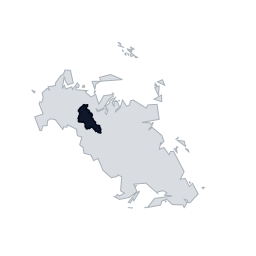 Khanty-Mansiy on a map of Russia (Mercator projection), rotated 43°
{"feature_id": "RUS-2396", "entity_name": "Khanty-Mansiy", "entity_type": "Autonomous Province", "adm_level": 1, "iso_a3": "RUS", "parent_name": "Russia", "parent_adm1": "", "projection": "mercator", "projection_center": [69.975, 62.153], "detail": "fine", "context": "in_parent", "style": "filled", "palette": "ink", "viewbox_px": 256, "rotation_deg": 43, "n_neighbors": 0, "source": "natural_earth", "source_scale": "10m", "svg_char_len": 7570}
<svg xmlns="http://www.w3.org/2000/svg" viewBox="0 0 256 256"><g transform="rotate(43 128 128)"><path d="M170.4,186.1L164.8,187.5L165.8,186.4L165.4,183.9L168.0,183.5L169.9,178.0L165.4,179.0L156.6,167.9L152.4,169.4L153.1,171.0L149.7,175.7L138.6,176.0L126.9,170.7L125.1,175.3L119.1,173.1L113.1,176.5L108.3,172.9L104.2,173.3L100.4,166.1L96.3,168.1L91.0,164.1L81.7,166.9L82.7,169.0L80.2,171.1L81.3,173.5L69.1,171.5L65.1,174.1L64.2,177.7L67.3,181.5L64.2,184.4L66.5,188.9L65.2,189.9L52.2,183.5L56.3,175.6L46.3,170.8L45.7,169.0L47.4,168.1L45.3,163.7L41.3,160.9L41.8,154.2L44.4,153.8L41.5,152.4L46.0,146.4L44.2,144.2L43.1,135.1L44.2,132.7L42.3,128.7L46.6,125.1L57.3,132.5L54.6,137.6L49.6,136.1L47.7,134.5L46.5,134.3L53.1,144.0L52.4,140.2L55.9,141.9L58.8,136.2L61.1,137.7L60.2,129.4L63.3,130.1L64.2,132.1L62.1,133.5L64.0,135.4L72.8,128.4L72.1,130.8L79.9,130.5L81.3,125.4L90.4,130.5L88.2,121.0L94.0,113.9L95.6,114.8L94.5,119.6L96.5,130.1L94.1,135.7L91.0,135.4L94.7,137.0L98.4,128.8L100.0,128.4L100.8,132.3L102.9,132.9L101.4,128.7L96.7,127.7L97.4,122.9L95.9,119.7L98.0,114.3L99.1,120.3L102.2,121.6L103.0,121.5L99.5,117.9L102.4,116.0L108.0,118.6L106.8,122.8L107.9,124.6L108.5,118.7L104.9,111.2L112.2,113.1L113.3,110.1L111.2,106.4L112.6,104.0L127.7,101.0L126.8,97.6L133.1,90.9L144.9,100.4L134.4,114.4L140.6,109.2L143.9,109.7L144.0,114.2L144.2,114.9L144.6,115.0L145.1,111.1L157.7,110.4L163.2,113.1L163.4,117.2L161.5,115.9L165.5,122.2L167.5,117.8L176.3,119.5L175.2,116.2L177.2,114.0L198.7,121.6L201.3,129.9L204.1,125.9L212.9,128.9L212.9,124.5L224.3,128.4L224.3,140.5L222.5,141.8L220.6,140.4L217.8,141.6L222.2,142.5L223.3,147.9L220.7,146.7L212.7,153.8L204.8,153.6L202.6,158.2L204.3,162.3L196.4,172.9L195.5,161.3L206.8,147.5L200.5,152.2L200.7,149.0L196.8,149.6L193.4,154.1L194.5,155.6L178.7,156.1L170.5,165.2L177.9,168.4L176.4,177.7L170.4,186.1ZM90.9,96.4L76.2,112.3L72.7,110.3L78.9,100.7L90.9,96.4ZM179.6,166.2L181.9,177.3L180.0,176.3L180.6,181.3L178.8,182.1L178.3,170.4L179.6,166.2ZM69.9,118.4L75.9,112.7L74.6,117.8L77.3,122.3L69.9,118.4ZM172.6,103.3L178.1,99.3L182.7,102.3L172.6,103.3ZM122.2,76.0L128.2,83.5L119.9,80.1L122.2,76.0ZM120.3,69.2L125.7,71.7L118.1,74.2L120.3,69.2ZM130.1,81.0L134.7,85.8L127.4,89.1L130.1,81.0ZM183.7,103.9L186.4,102.9L189.3,104.1L183.7,103.9ZM31.7,166.0L35.2,164.8L35.5,166.2L31.7,166.0ZM67.1,73.0L70.2,71.8L64.2,74.6L67.1,73.0ZM177.6,109.9L180.5,112.5L175.9,111.8L177.6,109.9ZM68.5,127.7L66.9,129.2L66.1,128.2L66.9,126.6L68.5,127.7ZM73.1,70.8L76.0,69.4L77.4,71.0L73.1,70.8ZM82.8,70.7L81.5,73.7L79.3,72.6L79.9,70.7L82.8,70.7ZM85.7,71.3L83.2,70.8L86.7,69.9L85.7,71.3ZM79.1,123.3L79.9,125.9L78.4,124.0L79.1,123.3ZM120.8,77.3L118.8,78.8L117.5,76.8L120.8,77.3ZM74.8,67.0L78.5,66.1L77.1,68.4L74.8,67.0ZM224.3,121.3L222.7,120.9L224.3,119.3L224.3,121.3ZM64.3,71.3L66.6,72.2L62.1,72.3L64.3,71.3ZM94.2,112.8L92.1,113.2L94.2,112.6L94.2,112.8ZM142.7,106.9L143.6,108.9L142.1,107.7L142.7,106.9ZM211.6,125.4L210.3,126.1L209.6,125.5L211.6,125.4ZM78.3,74.4L76.6,73.4L79.3,74.3L78.3,74.4ZM77.9,68.5L78.9,70.7L76.9,69.3L77.9,68.5ZM185.8,183.0L185.5,183.7L184.6,184.7L185.8,183.0ZM75.4,74.3L76.6,76.2L75.1,76.0L75.4,74.3ZM102.3,115.6L100.8,116.4L100.5,116.3L102.3,115.6ZM205.8,156.3L204.8,156.0L205.8,155.6L205.8,156.3ZM177.4,108.1L176.8,109.6L176.4,108.5L177.4,108.1ZM173.4,164.5L173.5,165.6L173.0,165.3L173.4,164.5ZM195.6,173.3L194.8,174.7L194.5,174.3L195.6,173.3ZM72.8,74.8L71.4,75.4L70.9,74.8L72.8,74.8ZM103.2,113.1L102.9,114.5L102.6,114.1L103.2,113.1ZM171.7,101.9L170.8,103.0L171.1,100.8L171.7,101.9ZM182.8,185.6L184.2,184.6L182.8,185.8L182.8,185.6Z" fill="#d9dde1" stroke="#a8b0b8" stroke-width="1"/><path d="M79.8,148.9L79.6,148.8L79.5,148.5L79.5,148.4L79.6,148.1L79.7,147.9L79.7,147.7L79.8,147.4L79.6,147.3L79.5,147.1L79.5,146.9L79.5,146.7L79.6,146.4L79.3,146.2L79.3,145.9L79.3,145.6L79.4,145.4L79.3,145.2L79.5,144.8L79.6,144.5L79.6,144.1L79.7,143.9L79.7,143.7L79.9,143.5L80.0,143.2L79.9,143.0L79.7,142.8L79.7,142.7L79.8,142.5L79.7,142.4L79.7,142.2L79.7,141.9L79.7,141.7L79.8,141.7L79.8,141.3L79.9,141.1L80.1,140.9L80.2,140.6L80.4,140.5L80.6,140.5L80.9,140.8L80.9,141.0L81.0,141.0L81.1,140.7L81.4,140.5L81.5,140.3L81.5,140.2L81.8,139.9L81.7,139.8L81.9,139.5L82.0,139.3L82.1,139.1L82.4,138.7L82.6,138.6L82.9,138.9L83.0,139.1L83.1,139.4L83.2,139.7L83.6,139.8L83.6,140.0L83.6,140.3L83.6,140.5L83.4,140.9L83.4,141.0L83.5,141.1L83.5,141.3L83.5,141.5L83.3,141.7L83.3,141.8L83.2,141.9L83.4,142.1L83.6,142.1L83.8,142.1L84.1,142.0L84.3,142.2L84.4,142.4L84.3,142.6L84.5,142.7L84.9,142.7L85.0,142.5L85.6,142.5L85.7,142.2L85.9,142.3L86.2,142.2L86.4,142.2L86.6,141.9L87.1,141.9L87.3,141.9L87.6,141.8L88.0,142.0L88.2,141.9L88.5,142.0L88.5,142.4L88.4,142.6L88.4,142.8L88.5,142.9L88.8,143.0L89.1,143.2L89.2,143.3L89.2,143.2L89.3,143.3L89.4,143.2L89.6,143.4L89.7,143.1L89.8,143.1L90.0,143.0L90.1,142.9L90.3,142.6L90.6,142.7L90.8,142.9L90.9,142.7L91.0,142.5L90.8,142.3L91.0,142.2L91.3,142.2L91.5,142.4L91.9,142.4L92.0,142.5L92.3,142.6L92.5,142.5L92.8,142.8L93.0,142.8L93.2,143.0L92.9,143.5L93.0,143.6L93.1,143.8L93.2,144.0L93.3,144.3L93.7,144.3L93.9,144.3L94.1,144.6L94.1,145.7L94.4,145.6L94.6,145.6L94.8,145.4L95.4,145.4L95.6,145.2L95.9,145.0L96.0,145.1L96.2,145.3L96.3,145.6L96.5,145.6L97.3,145.7L97.6,146.0L98.1,146.1L98.4,146.0L98.7,145.9L98.9,145.9L99.2,145.9L99.3,145.9L99.7,146.1L99.8,146.3L100.2,146.0L100.4,146.2L100.6,146.2L100.8,146.6L101.0,146.9L101.7,147.3L101.8,147.5L102.0,147.4L102.3,147.3L102.8,147.2L104.0,147.2L104.1,146.9L104.1,146.7L104.3,146.6L104.6,146.4L104.8,146.2L104.9,145.9L105.1,145.9L105.6,145.8L105.6,146.0L105.7,146.3L105.8,146.5L106.1,146.7L106.2,146.8L106.4,147.0L106.7,146.7L106.8,146.6L107.0,146.8L107.2,146.7L107.5,146.8L107.5,147.0L107.8,147.2L107.9,147.3L108.2,147.6L108.5,147.4L108.8,147.3L109.0,147.5L109.1,147.8L109.3,147.8L109.4,148.0L109.5,148.2L109.7,148.7L109.6,148.9L109.7,149.0L109.8,149.1L110.0,149.3L110.3,149.4L110.4,149.5L110.6,149.6L110.8,149.7L111.1,149.8L111.4,149.9L111.4,150.0L111.2,150.2L111.0,150.3L111.1,150.5L109.8,151.3L109.3,151.6L109.0,151.7L108.6,151.3L108.4,151.1L108.0,151.2L107.1,151.9L107.1,152.0L106.8,152.4L106.5,152.2L106.4,152.1L106.1,152.2L105.6,152.2L105.5,151.9L105.1,151.8L104.7,151.8L104.4,152.1L104.0,152.0L103.6,152.0L103.4,152.0L103.4,151.8L103.3,151.7L103.2,151.7L102.9,151.8L102.6,151.7L102.4,151.8L102.0,151.8L101.7,151.9L101.5,151.7L101.3,151.7L101.1,151.7L100.7,151.6L100.7,151.9L100.6,152.0L100.7,152.3L100.4,152.6L100.3,152.8L100.4,153.1L100.4,153.3L100.2,153.4L100.3,153.5L100.3,153.9L100.3,154.3L100.2,154.4L100.2,154.7L99.9,154.8L99.6,154.8L99.4,155.1L99.2,155.4L99.0,155.5L99.0,156.0L98.7,156.6L98.4,156.8L98.2,156.7L98.1,156.8L98.0,156.7L97.9,156.7L97.1,156.7L96.9,156.5L96.7,156.5L96.6,156.4L96.4,156.5L95.9,156.4L95.9,156.2L95.7,156.0L95.8,155.8L95.7,155.7L95.4,155.8L95.2,155.7L95.2,155.4L94.8,155.0L94.7,154.9L94.5,154.7L94.3,154.5L94.0,154.4L93.8,154.2L93.6,153.9L93.4,154.1L93.2,154.0L92.7,154.1L92.4,153.9L91.7,153.9L91.7,153.7L91.4,153.7L91.2,153.8L91.1,154.0L91.3,154.1L90.8,154.6L90.6,154.7L90.5,154.8L90.3,155.3L90.2,155.4L90.0,155.5L89.7,155.6L89.3,155.9L88.9,156.0L88.7,156.2L88.3,156.2L88.3,156.3L88.4,156.7L88.3,156.8L87.9,157.0L87.7,157.0L87.3,157.0L87.0,156.9L86.7,156.3L86.4,155.6L86.3,155.3L86.2,155.3L85.4,155.1L85.2,155.2L84.8,155.0L84.8,154.9L84.8,154.4L84.8,154.2L84.6,153.7L84.6,153.4L84.3,153.3L84.0,153.1L83.9,152.6L83.7,152.2L83.6,151.9L83.5,151.6L83.6,151.3L83.3,150.7L83.1,150.5L82.5,150.3L82.5,150.2L81.6,149.6L81.4,149.5L81.1,149.5L80.7,149.4L80.3,149.5L80.2,149.4L80.2,149.1L79.9,148.9L79.8,148.9Z" fill="#0f172a" stroke="#020617" stroke-width="1.5"/></g></svg>